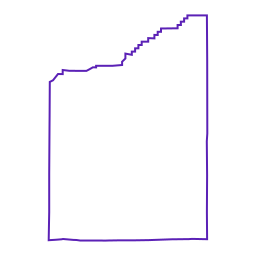 Jackson, Oregon, United States of America (orthographic projection)
{"feature_id": "52423323B54328460480389", "entity_name": "Jackson", "entity_type": "district", "adm_level": 2, "iso_a3": "USA", "parent_name": "United States of America", "parent_adm1": "Oregon", "projection": "orthographic", "projection_center": [-122.779, 42.5], "detail": "fine", "context": "isolated", "style": "outline", "palette": "violet", "viewbox_px": 256, "rotation_deg": 0, "n_neighbors": 0, "source": "geoboundaries", "source_scale": "gbopen_adm2", "svg_char_len": 922}
<svg xmlns="http://www.w3.org/2000/svg" viewBox="0 0 256 256"><path d="M48.7,240.2L55.2,239.8L61.5,239.3L63.0,239.0L73.4,239.9L76.5,240.0L80.0,240.5L97.4,240.5L105.4,240.6L108.4,240.5L121.2,240.3L135.9,240.3L149.0,240.1L171.5,239.3L188.9,239.1L192.2,238.9L207.1,239.2L206.9,212.2L207.1,175.6L206.9,151.5L206.8,141.3L207.3,133.6L207.2,61.2L206.9,15.4L187.4,15.4L187.4,18.4L184.1,18.4L184.1,21.7L180.8,21.7L180.9,25.0L177.6,25.0L177.6,28.3L161.0,28.5L161.0,31.8L157.7,31.8L157.7,35.0L154.4,34.9L154.4,38.4L148.2,38.1L148.2,41.7L141.7,41.7L141.7,45.0L138.4,45.0L138.4,48.3L135.1,48.3L135.1,51.6L131.8,51.6L131.8,54.8L125.4,53.6L125.4,58.5L122.1,61.7L122.1,65.0L112.5,65.8L102.7,65.8L96.1,65.8L96.1,67.4L92.9,67.3L89.6,69.2L86.4,70.9L69.3,70.8L62.7,70.0L62.7,74.1L58.0,74.0L53.0,80.3L49.8,81.9L49.6,116.1L49.5,128.8L49.2,173.9L49.2,175.2L49.2,184.1L49.2,212.0L48.7,240.2Z" fill="none" stroke="#5b21b6" stroke-width="2"/></svg>